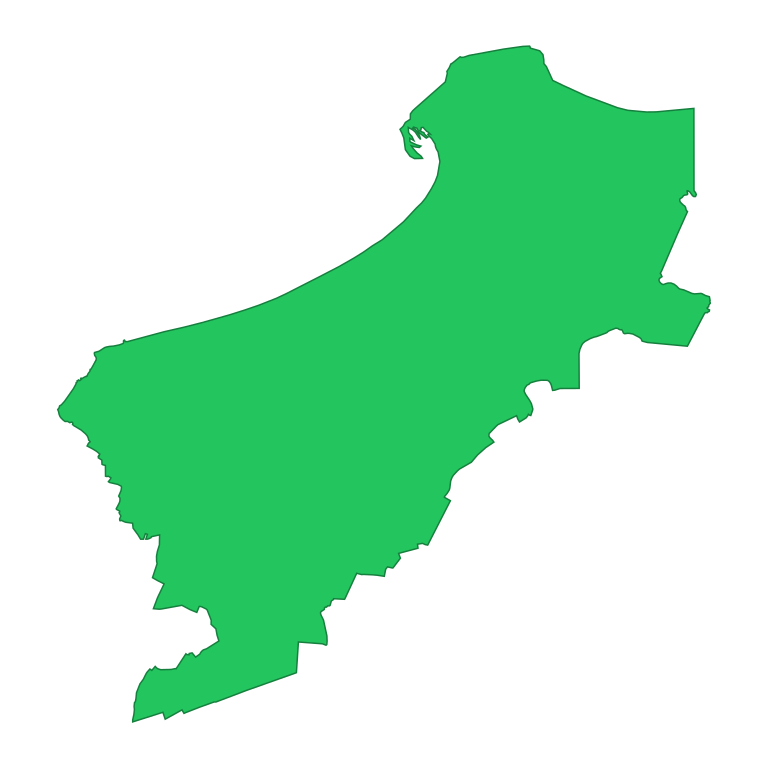 San Bernardo Del Viento, Córdoba, Colombia
{"feature_id": "7082276B36183297139579", "entity_name": "San Bernardo Del Viento", "entity_type": "district", "adm_level": 2, "iso_a3": "COL", "parent_name": "Colombia", "parent_adm1": "Córdoba", "projection": "orthographic", "projection_center": [-75.988, 9.323], "detail": "fine", "context": "isolated", "style": "filled", "palette": "green", "viewbox_px": 768, "rotation_deg": 0, "n_neighbors": 0, "source": "geoboundaries", "source_scale": "gbopen_adm2", "svg_char_len": 6032}
<svg xmlns="http://www.w3.org/2000/svg" viewBox="0 0 768 768"><path d="M687.4,346.2L704.6,313.3L705.8,312.6L707.3,312.7L708.2,311.8L709.2,311.4L709.4,311.0L709.5,309.9L708.0,309.1L707.2,308.4L707.1,308.1L707.4,307.4L708.6,306.8L708.9,304.9L710.3,303.2L709.8,300.9L710.1,300.5L709.4,296.7L705.6,295.6L702.0,293.7L701.0,293.4L694.5,293.9L691.9,293.4L683.8,289.9L679.8,289.0L678.7,288.3L676.6,286.1L674.1,284.2L671.0,283.0L668.2,283.0L665.9,283.6L663.6,284.5L662.4,284.3L660.9,283.3L659.6,281.9L659.0,280.3L659.0,279.7L659.2,279.0L660.1,277.9L662.0,276.7L660.9,274.0L660.3,273.3L661.6,271.0L677.9,233.0L687.5,211.6L686.2,210.2L685.6,207.5L684.8,206.1L683.0,204.8L680.4,202.2L679.9,201.2L679.7,199.9L680.1,198.7L682.1,197.5L683.5,195.7L684.6,195.1L686.9,194.8L687.5,194.4L687.7,193.8L687.0,191.2L687.2,190.7L688.1,190.9L689.9,192.1L692.5,195.7L693.9,196.6L695.5,196.5L696.3,194.6L695.7,192.9L694.2,190.9L694.0,190.2L693.9,108.4L656.0,111.9L646.5,112.0L627.8,110.3L617.4,107.7L586.1,96.0L563.2,85.5L552.7,80.4L546.4,66.6L543.9,63.6L543.8,59.8L543.0,54.7L539.7,50.8L530.3,48.1L530.1,46.9L529.6,46.1L522.8,46.4L503.6,49.1L469.2,55.4L463.8,57.2L461.5,57.4L460.1,56.8L452.3,63.2L450.9,63.9L449.2,67.8L446.9,71.4L447.3,73.4L445.3,81.9L415.6,108.1L412.7,110.8L410.4,113.9L410.3,119.2L405.4,122.4L403.1,126.4L400.0,129.3L401.9,133.1L403.8,137.9L405.4,149.7L410.0,156.2L414.4,158.6L422.5,158.4L421.3,156.4L417.0,152.9L413.4,148.8L411.3,145.8L415.0,146.9L419.3,147.5L420.9,146.1L416.7,144.9L410.6,142.1L409.9,141.3L409.8,138.3L413.9,140.6L411.8,136.2L409.8,134.3L408.6,132.5L408.3,127.4L413.0,130.1L415.2,132.0L418.5,137.0L420.6,139.5L419.5,135.4L415.5,129.5L412.7,128.2L413.5,127.1L417.0,128.2L419.1,132.7L426.2,138.1L427.9,137.1L424.5,134.2L423.9,132.6L421.7,131.8L419.9,130.6L420.9,129.8L421.3,127.6L423.0,127.3L426.5,131.1L428.7,132.5L430.1,134.0L428.6,133.6L427.8,134.4L429.0,136.0L431.7,138.6L435.1,144.1L435.6,147.0L436.4,149.0L438.1,152.0L439.9,161.5L437.5,175.5L435.0,182.0L431.3,188.9L425.5,198.2L421.6,203.0L416.5,207.9L403.5,221.8L382.0,239.9L372.7,245.6L363.2,252.3L353.5,258.3L338.6,266.8L319.5,276.7L286.2,293.7L276.4,298.3L258.9,305.2L244.6,310.1L229.4,314.9L201.7,322.7L183.6,327.3L164.3,331.7L127.5,341.6L125.3,341.6L124.5,340.1L124.0,340.2L123.5,340.8L123.5,342.9L123.1,343.5L119.3,344.9L113.4,346.1L109.5,346.4L106.4,347.0L104.6,347.6L99.1,351.2L94.5,352.5L94.3,353.5L94.7,355.4L96.0,357.3L96.3,358.5L96.1,359.9L92.4,366.8L90.4,370.0L90.1,369.7L90.0,369.9L90.1,370.0L89.8,371.4L88.1,373.6L86.9,376.3L86.7,376.4L86.5,376.1L83.3,377.7L81.9,378.8L81.1,378.1L80.7,378.7L81.3,379.3L79.9,380.6L79.3,380.6L78.7,379.9L77.2,380.8L77.5,381.2L77.4,381.7L76.2,382.5L76.3,383.0L75.4,385.1L73.2,389.0L64.7,401.1L61.4,404.8L59.6,405.9L59.1,407.8L57.7,409.6L58.4,411.1L59.2,414.6L60.0,416.5L60.9,417.8L63.2,420.1L65.1,421.5L67.6,421.4L69.8,422.7L71.3,422.1L72.4,422.4L72.9,423.2L72.5,424.4L73.7,425.6L81.1,430.0L85.2,433.5L87.1,435.6L88.2,437.9L88.7,440.1L90.1,441.6L89.9,442.1L88.5,443.2L87.1,446.0L92.6,448.9L96.5,451.3L99.8,454.1L98.5,456.0L99.0,456.0L98.3,457.8L101.8,460.1L102.0,464.3L103.2,464.9L105.4,465.4L105.5,476.2L106.6,476.5L108.5,476.3L110.9,477.8L110.6,478.8L108.4,481.7L109.6,482.5L117.8,484.4L121.1,486.1L121.5,487.1L121.1,490.4L118.7,496.1L120.0,498.3L119.9,501.0L119.1,503.3L116.2,508.8L116.5,509.4L119.7,511.1L119.7,511.8L119.1,512.6L119.4,513.5L120.8,515.7L120.8,516.2L119.6,519.0L119.8,520.4L120.1,520.8L121.4,520.4L124.4,521.8L126.0,522.3L132.6,523.2L133.1,528.2L138.1,535.0L140.6,539.2L143.5,539.2L145.4,533.7L147.4,534.3L145.8,539.1L147.7,539.1L149.3,538.5L151.1,537.6L151.4,536.7L159.6,534.9L159.4,544.9L157.4,551.3L156.5,556.3L156.6,561.2L157.1,563.7L152.5,577.7L157.4,580.5L164.1,583.9L157.6,597.5L153.4,608.7L159.2,609.2L161.4,609.0L181.9,605.3L190.0,609.6L196.8,612.4L199.2,606.5L200.0,606.4L201.9,606.9L206.0,608.9L207.2,610.0L211.2,620.2L211.1,624.4L215.9,628.8L217.1,635.3L218.9,641.0L206.5,648.8L203.6,649.8L202.5,650.5L201.0,652.1L199.7,654.2L195.6,657.1L192.1,652.9L189.2,653.5L189.0,654.8L186.8,654.6L185.9,653.8L176.1,668.8L175.2,668.6L171.6,669.4L169.6,669.5L160.7,669.7L158.2,668.9L156.8,668.1L155.2,666.4L151.8,670.4L149.9,669.0L147.3,671.9L146.2,673.5L143.2,679.5L140.0,683.8L136.5,692.7L136.0,698.4L135.5,701.0L135.3,701.7L134.5,702.6L134.1,706.3L134.4,709.7L133.9,714.3L132.7,719.9L132.7,721.9L162.9,712.3L165.2,719.2L182.0,709.9L184.0,713.4L185.7,712.6L199.8,707.1L214.0,702.0L215.9,702.0L246.5,690.4L296.4,672.7L298.4,642.0L322.4,643.8L326.0,645.2L326.8,644.6L327.1,641.1L326.9,635.9L323.5,620.1L321.0,615.0L320.5,613.1L320.6,612.4L321.2,611.5L324.2,609.5L324.4,609.0L324.4,608.0L325.3,607.1L326.5,607.1L327.7,605.9L329.6,605.8L330.0,605.5L330.3,604.9L331.2,601.4L331.7,600.7L333.5,599.5L333.6,598.7L344.5,599.3L344.8,599.0L356.7,573.3L361.8,574.6L363.0,574.4L372.2,574.8L377.0,575.2L384.3,576.3L385.7,569.2L387.5,566.9L392.4,568.0L393.0,567.9L400.4,558.2L398.6,553.4L418.0,548.2L417.5,544.2L422.6,543.4L425.2,544.6L427.7,545.1L450.4,500.7L444.4,497.3L444.5,496.6L447.2,493.3L449.3,489.9L449.8,488.1L450.7,480.9L452.2,477.0L453.6,475.0L457.1,471.2L459.4,469.1L471.4,462.2L477.5,455.0L485.8,447.6L493.9,442.1L492.6,440.3L490.0,437.8L489.0,436.3L488.9,435.0L489.2,433.5L496.1,426.3L498.0,424.6L516.6,415.7L517.8,419.1L519.5,422.0L526.1,417.9L527.9,415.6L528.4,414.3L529.8,415.3L530.8,415.5L532.7,410.0L532.8,408.8L531.4,403.6L529.6,400.3L525.7,394.5L524.1,391.2L524.4,389.4L525.2,387.6L526.9,385.2L528.9,384.3L530.0,383.1L531.1,382.6L536.6,381.0L541.3,380.2L547.1,380.3L548.3,380.7L549.1,381.4L550.6,383.4L551.4,385.5L552.6,390.4L554.7,390.2L560.0,388.5L579.2,388.4L579.0,353.5L579.9,349.3L581.8,345.0L582.6,343.6L584.9,341.5L590.2,338.6L594.2,337.1L596.8,336.5L605.8,333.1L607.0,332.5L608.3,331.2L610.3,330.3L615.7,328.2L616.8,328.3L618.2,328.6L618.8,329.2L620.2,329.8L621.7,329.7L622.6,331.0L623.4,333.0L624.1,333.5L624.7,333.7L627.7,333.3L629.4,333.4L632.8,334.0L639.0,337.2L640.6,338.3L641.2,339.0L642.1,341.1L647.4,342.5L687.4,346.2Z" fill="#22c55e" stroke="#15803d" stroke-width="1.5"/></svg>